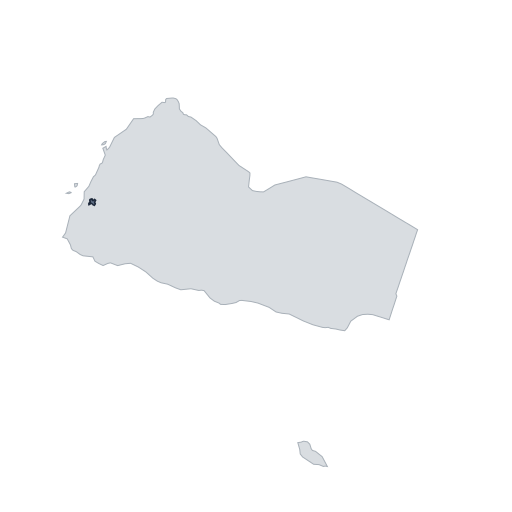 Hays, Al Hudaydah, Yemen shown in context, rotated 40°
{"feature_id": "15242507B23661917867997", "entity_name": "Hays", "entity_type": "district", "adm_level": 2, "iso_a3": "YEM", "parent_name": "Yemen", "parent_adm1": "Al Hudaydah", "projection": "natural_earth1", "projection_center": [43.487, 13.93], "detail": "fine", "context": "in_parent", "style": "filled", "palette": "slate", "viewbox_px": 512, "rotation_deg": 40, "n_neighbors": 0, "source": "geoboundaries", "source_scale": "gbopen_adm2", "svg_char_len": 3954}
<svg xmlns="http://www.w3.org/2000/svg" viewBox="0 0 512 512"><g transform="rotate(40 256 256)"><path d="M399.0,219.3L383.1,225.9L379.0,228.8L375.2,232.4L372.4,237.0L370.5,245.0L372.1,252.3L372.0,256.2L367.9,258.7L364.1,260.6L359.8,263.4L357.2,264.2L355.1,266.4L352.7,268.0L343.8,272.1L334.1,275.3L318.7,279.1L312.7,283.2L307.3,286.0L299.1,286.9L287.8,290.8L281.5,294.0L273.7,299.1L272.0,300.7L270.6,304.5L268.2,307.7L263.6,313.0L260.0,315.8L257.7,315.9L253.1,317.4L247.7,317.7L238.5,315.9L236.2,317.2L234.3,319.2L227.2,322.9L220.1,330.2L214.9,332.1L206.4,334.4L200.5,337.5L196.5,338.7L191.4,339.3L181.9,339.0L172.9,340.1L164.6,342.2L160.7,346.1L156.2,352.3L148.9,354.8L147.2,357.0L145.0,361.6L140.3,362.8L136.0,363.5L131.6,361.5L123.4,367.0L120.3,367.9L115.5,368.2L112.2,369.3L109.8,369.0L106.8,366.8L100.4,364.2L95.7,365.9L95.3,360.7L87.6,344.8L89.2,331.0L89.2,329.1L87.7,322.9L83.1,317.2L83.2,310.1L81.7,305.0L80.5,299.7L80.8,298.3L80.9,297.0L78.6,288.9L77.8,287.3L77.5,285.6L78.3,284.3L78.2,282.8L77.0,280.3L75.7,275.6L69.4,271.9L70.7,268.4L71.9,269.6L73.6,270.6L73.9,268.4L73.9,266.7L71.3,256.2L75.2,242.2L74.0,229.5L79.9,224.4L81.4,222.9L82.2,221.6L83.6,218.7L85.5,217.7L86.2,214.7L86.1,213.2L84.9,211.9L84.0,208.3L84.3,203.9L84.6,202.0L85.2,198.6L87.3,197.3L87.8,196.3L86.2,194.1L86.3,192.8L89.9,189.2L91.2,188.1L93.5,187.0L95.3,187.0L97.3,187.7L99.2,188.7L100.9,190.5L102.8,192.6L105.7,193.4L107.7,193.2L109.3,194.1L110.6,193.6L112.1,192.5L114.6,192.6L116.8,191.4L123.1,190.8L129.1,191.2L135.4,190.1L141.7,190.2L148.1,190.3L149.5,190.5L150.9,191.1L156.3,194.3L160.3,195.0L168.5,195.8L177.3,196.8L184.8,197.6L191.2,196.8L196.5,196.2L198.0,196.3L199.6,198.3L202.8,203.3L205.9,207.9L211.2,208.2L214.6,206.4L218.3,203.9L220.6,202.0L223.2,194.4L224.8,189.5L228.7,184.0L232.0,179.4L236.3,173.3L238.7,169.9L243.4,163.2L247.9,160.6L256.6,155.5L265.1,150.6L270.6,147.4L275.4,145.9L283.3,144.6L292.7,143.2L302.0,141.7L311.9,140.1L323.0,138.3L330.6,137.1L340.3,135.6L348.4,134.3L355.5,133.1L362.9,132.0L364.3,135.7L365.8,139.4L367.2,143.1L368.7,146.8L370.1,150.5L371.6,154.3L373.0,158.0L374.4,161.7L375.9,165.4L377.3,169.1L378.8,172.8L380.2,176.5L381.7,180.3L383.1,184.0L384.6,187.7L386.0,191.4L387.4,195.0L389.7,196.2L391.1,199.7L393.1,204.6L395.0,209.5L397.0,214.4L399.0,219.3ZM422.2,368.2L424.2,368.7L427.1,367.4L435.7,367.2L446.0,371.4L444.1,372.4L442.9,373.9L438.4,375.3L434.0,378.5L420.9,380.0L417.1,379.2L413.9,376.1L408.0,372.1L410.3,369.5L410.8,368.4L411.6,367.2L414.9,365.3L418.2,365.6L422.2,368.2ZM73.5,318.7L73.1,319.5L72.5,319.3L70.5,317.3L72.7,315.1L73.8,317.2L73.5,318.7ZM67.3,269.2L66.3,270.1L66.0,268.6L66.7,265.4L67.7,264.4L68.4,266.8L67.9,268.2L67.3,269.2ZM72.5,328.6L70.4,329.8L71.8,326.8L73.3,326.2L73.7,326.3L72.5,328.6Z" fill="#d9dde1" stroke="#a8b0b8" stroke-width="1"/><path d="M99.6,321.1L99.6,320.8L99.6,320.5L99.5,320.2L99.5,319.7L99.4,319.5L99.3,319.2L99.0,319.0L98.9,319.0L98.6,319.1L98.5,318.9L98.4,318.9L98.0,318.8L97.8,318.6L97.7,318.2L97.6,317.6L97.6,317.4L97.5,317.2L97.4,316.9L97.3,316.5L97.3,316.4L97.1,316.4L96.9,316.4L96.5,316.4L96.0,316.4L96.0,316.8L95.9,317.0L95.9,317.3L95.8,317.6L95.7,317.7L95.6,317.8L95.6,318.1L95.6,318.4L95.3,318.5L95.1,318.5L94.7,318.4L94.6,318.2L94.5,317.9L94.3,317.8L94.2,317.8L94.1,317.6L93.9,317.6L93.5,317.7L93.5,317.8L93.5,318.1L93.8,318.4L93.5,318.5L93.3,318.7L93.2,318.4L93.0,318.5L92.9,318.6L92.8,318.8L92.6,319.2L92.6,319.3L92.5,319.5L92.8,319.9L92.8,320.1L93.0,320.3L93.2,320.5L93.3,320.7L93.5,320.7L93.8,320.6L94.0,320.8L94.4,321.0L94.5,321.1L94.5,321.3L94.5,321.5L94.4,321.6L94.2,321.8L94.1,322.0L94.1,322.4L94.1,322.6L94.1,323.0L94.3,323.4L94.4,323.6L94.6,323.7L94.7,323.8L94.8,323.9L95.0,324.1L95.1,323.9L95.3,323.7L95.5,323.1L95.6,322.6L95.6,322.3L95.5,322.0L95.5,321.7L96.6,321.4L97.0,321.4L97.4,321.3L97.8,321.3L98.0,321.4L98.2,321.5L98.4,321.5L98.5,321.4L98.9,321.3L99.0,321.3L99.3,321.1L99.5,321.1L99.6,321.1Z" fill="#64748b" stroke="#1e293b" stroke-width="1.5"/></g></svg>